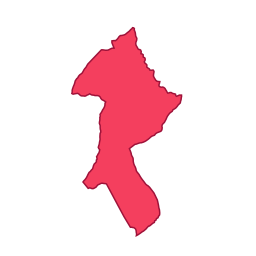 Pereira Barreto, São Paulo, Brazil (Equal Earth projection), rotated 28°
{"feature_id": "56859067B20546049019920", "entity_name": "Pereira Barreto", "entity_type": "district", "adm_level": 2, "iso_a3": "BRA", "parent_name": "Brazil", "parent_adm1": "São Paulo", "projection": "equal_earth", "projection_center": [-51.113, -20.683], "detail": "fine", "context": "isolated", "style": "filled", "palette": "rose", "viewbox_px": 256, "rotation_deg": 28, "n_neighbors": 0, "source": "geoboundaries", "source_scale": "gbopen_adm2", "svg_char_len": 3879}
<svg xmlns="http://www.w3.org/2000/svg" viewBox="0 0 256 256"><g transform="rotate(28 128 128)"><path d="M113.6,196.8L121.2,200.0L122.3,198.8L123.2,198.6L124.4,198.5L125.6,198.0L126.4,197.0L127.5,195.3L127.8,193.7L128.0,192.6L128.6,191.7L129.4,190.7L130.3,189.4L131.3,188.8L132.8,188.3L134.3,187.7L135.3,187.5L155.1,200.8L166.2,208.2L176.7,214.5L178.0,213.8L179.1,213.6L180.0,213.2L181.1,213.4L182.0,213.6L183.2,214.6L184.4,216.4L185.4,217.6L185.9,219.1L187.1,217.3L188.2,215.2L189.3,212.9L190.1,211.7L191.3,208.7L191.7,206.7L192.2,205.0L193.0,204.4L193.7,202.8L194.6,200.5L195.6,199.0L195.1,197.4L195.9,196.4L195.7,194.6L196.6,193.2L196.4,191.6L196.7,189.9L195.9,188.1L194.2,185.5L192.8,184.1L191.1,181.8L189.0,179.3L187.7,177.8L181.4,173.2L174.9,170.2L172.6,169.6L171.5,169.6L170.1,169.3L166.8,167.7L165.6,167.2L163.3,166.1L161.2,164.9L159.5,163.8L156.0,162.3L155.0,161.4L154.1,160.3L152.8,159.1L151.3,158.1L150.0,157.0L148.6,155.4L147.9,154.3L147.0,152.8L146.3,152.0L143.9,150.4L142.5,148.7L141.0,147.3L138.9,145.6L140.0,143.1L141.3,140.3L141.7,139.3L143.0,138.2L143.7,137.4L144.8,136.2L145.8,135.3L146.7,134.8L148.1,133.4L149.2,132.0L150.0,130.7L151.0,128.7L151.7,127.1L152.2,125.5L153.0,123.9L153.9,122.9L154.8,121.9L155.0,120.3L155.7,118.8L156.8,117.5L157.7,116.5L158.6,115.4L158.8,113.7L158.4,112.6L158.0,111.6L157.1,110.5L156.7,109.1L156.9,107.8L157.5,106.0L157.5,104.5L157.5,102.2L157.3,100.4L157.3,98.7L157.8,95.5L158.4,94.1L159.2,92.5L159.1,90.9L160.3,88.9L160.9,87.6L161.3,85.7L161.5,84.1L162.0,82.6L162.4,81.3L161.9,79.8L161.6,78.2L160.8,76.1L160.5,75.0L159.8,73.8L158.7,74.4L157.8,74.9L157.0,76.0L156.0,77.2L155.1,77.0L154.0,75.8L152.6,76.1L151.2,76.5L149.5,76.4L148.3,77.0L147.7,77.8L146.7,78.5L145.7,78.0L144.6,77.2L143.3,76.5L142.1,75.7L140.7,75.4L139.5,75.5L138.2,76.4L137.2,76.6L136.1,76.6L135.1,75.6L134.8,73.8L134.3,72.1L133.0,72.7L131.5,73.1L130.1,72.8L128.9,72.1L127.5,71.3L126.1,70.2L125.2,68.2L124.8,66.8L124.3,65.7L122.9,65.0L121.6,66.0L120.1,66.6L119.1,65.8L117.7,65.7L116.0,65.4L115.1,63.5L113.6,62.9L112.3,62.7L111.3,61.9L111.3,60.3L110.8,59.0L109.7,58.1L108.3,58.3L107.6,57.3L107.0,56.2L105.9,56.0L104.5,56.3L103.9,54.4L102.7,53.3L101.7,53.2L100.5,53.6L99.6,53.4L98.6,52.6L97.1,51.7L96.3,51.2L95.3,50.0L94.7,48.5L94.5,46.7L93.9,45.0L92.9,44.0L92.0,43.6L91.2,42.6L89.9,40.7L88.5,39.3L87.6,38.7L87.0,37.3L86.0,36.9L84.9,37.3L84.8,38.5L84.2,39.7L83.8,41.6L83.1,43.2L82.4,44.8L81.7,46.6L80.7,47.8L79.1,49.2L77.8,50.0L77.2,51.6L77.1,52.9L76.9,54.1L76.6,55.3L75.9,56.8L74.7,57.3L72.9,58.6L73.8,60.3L78.2,64.0L77.4,64.5L76.5,65.0L75.6,66.1L73.9,68.5L72.6,69.4L71.4,70.0L70.2,70.4L69.1,70.8L67.8,71.5L62.5,90.4L62.4,92.7L62.4,94.2L62.0,95.7L61.8,97.1L61.8,99.2L61.7,101.1L61.0,102.6L60.4,103.8L60.0,105.6L60.1,107.2L59.6,108.4L59.4,109.9L59.3,111.3L59.8,113.1L60.1,114.8L60.2,116.0L60.3,117.1L60.5,118.4L60.7,119.7L61.0,120.9L61.9,122.6L62.2,123.9L63.6,123.9L64.8,122.9L66.5,121.6L67.4,121.0L68.9,121.1L70.7,121.6L71.8,121.5L73.0,120.9L73.9,120.5L75.0,120.1L75.7,119.4L76.4,118.2L77.5,116.9L78.1,115.8L80.2,115.9L81.4,115.5L82.6,115.0L83.6,114.9L85.8,113.7L86.9,113.4L87.9,113.4L89.0,113.8L90.1,114.6L91.5,115.2L92.9,115.2L94.6,115.2L96.1,115.5L96.1,116.9L97.0,118.9L97.3,120.6L97.3,122.3L97.1,124.1L97.2,125.9L97.1,127.5L96.9,129.0L97.9,130.5L98.2,132.0L98.8,132.9L99.5,134.5L100.0,136.2L100.6,137.4L102.3,138.9L103.4,141.0L104.2,142.2L105.1,143.1L105.9,144.4L105.9,145.7L106.6,147.4L107.5,149.3L108.4,150.7L108.9,151.7L109.2,152.9L109.6,154.2L110.2,155.7L110.5,157.5L110.8,159.0L111.9,159.9L113.2,160.4L113.7,162.1L114.0,163.6L113.8,165.1L113.9,166.7L113.7,168.0L114.5,168.9L115.3,170.0L115.1,171.1L115.9,172.7L115.7,173.9L115.1,175.6L115.2,177.4L115.6,179.1L115.9,180.7L115.4,182.3L115.1,184.1L114.5,185.5L114.5,187.0L114.5,188.3L114.6,189.6L114.6,191.6L114.3,193.7L113.8,195.4L113.6,196.8Z" fill="#f43f5e" stroke="#9f1239" stroke-width="1.5"/></g></svg>